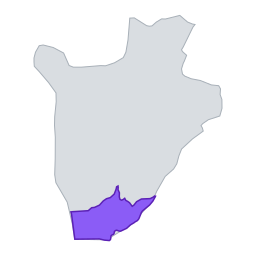 where Makamba sits in Burundi
{"feature_id": "BDI-2641", "entity_name": "Makamba", "entity_type": "Province", "adm_level": 1, "iso_a3": "BDI", "parent_name": "Burundi", "parent_adm1": "", "projection": "mercator", "projection_center": [29.841, -4.203], "detail": "fine", "context": "in_parent", "style": "filled", "palette": "violet", "viewbox_px": 256, "rotation_deg": 0, "n_neighbors": 0, "source": "natural_earth", "source_scale": "10m", "svg_char_len": 1827}
<svg xmlns="http://www.w3.org/2000/svg" viewBox="0 0 256 256"><path d="M195.0,24.5L192.9,27.2L183.3,46.8L181.5,49.8L182.5,51.6L186.6,55.3L184.2,61.4L183.3,63.1L181.5,68.9L182.5,74.1L184.8,76.1L191.0,78.7L200.3,80.5L211.3,84.9L218.7,85.7L220.5,88.9L220.1,94.5L221.9,99.5L222.0,108.3L219.8,116.0L208.4,119.7L202.6,123.7L201.0,125.7L202.4,128.0L203.2,131.1L192.5,138.9L181.6,149.0L178.9,155.8L176.8,163.8L173.6,169.0L165.2,176.4L156.7,191.3L152.5,201.0L131.6,224.3L113.0,235.9L107.6,239.9L74.7,239.2L72.2,223.5L67.2,202.1L55.9,182.7L54.7,174.6L55.2,159.0L55.3,137.1L54.5,125.3L54.7,116.7L56.2,101.8L56.0,92.9L48.6,82.6L39.3,71.7L34.3,66.3L34.0,62.0L34.0,58.0L35.5,52.2L39.2,45.7L43.2,45.0L53.2,47.5L63.6,53.0L69.1,65.5L73.4,67.2L81.0,67.2L100.7,65.6L105.5,65.8L114.5,62.8L123.3,57.6L125.9,52.2L128.0,40.0L129.8,18.1L134.3,17.9L146.7,25.7L149.4,26.2L152.0,25.9L156.3,22.1L161.6,18.9L165.5,19.0L179.8,15.4L187.5,22.0L192.4,24.0L195.0,24.5Z" fill="#d9dde1" stroke="#a8b0b8" stroke-width="1"/><path d="M155.5,196.2L155.2,196.9L152.8,201.2L149.6,205.0L142.5,210.9L141.4,212.5L138.8,218.9L137.4,220.6L135.1,221.9L134.1,222.7L130.5,224.8L126.7,228.3L121.2,230.9L120.2,231.2L118.5,230.9L117.4,230.4L116.2,230.2L114.5,231.3L114.4,231.6L114.1,233.3L113.6,234.2L111.8,235.1L111.1,235.7L110.8,237.2L110.7,238.5L110.4,239.7L109.2,240.6L108.7,240.5L104.4,240.1L99.3,238.9L74.8,239.2L71.5,213.9L70.9,211.9L72.3,211.7L88.2,210.7L91.7,207.7L94.5,207.4L99.5,205.1L103.2,201.0L106.5,198.7L110.3,197.6L114.2,194.1L116.1,189.2L116.6,186.8L118.0,186.0L118.2,187.5L118.0,189.5L119.4,192.8L119.3,196.9L120.0,199.4L121.6,200.2L123.3,199.4L124.7,198.3L125.8,200.4L127.7,201.4L129.6,202.8L132.2,206.3L133.9,205.1L136.6,201.7L141.4,199.0L150.2,198.6L153.2,197.1L154.6,196.0L155.5,196.2L155.5,196.2Z" fill="#8b5cf6" stroke="#5b21b6" stroke-width="1.5"/></svg>